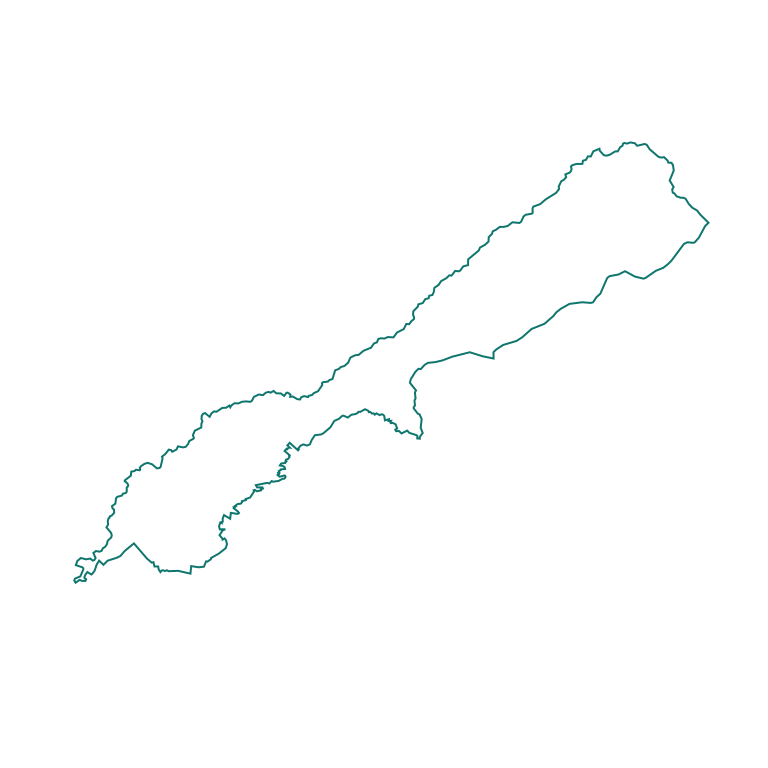 outline of Villa Del Rosario, Norte de Santander, Colombia, rotated 227°
{"feature_id": "7082276B64319066043835", "entity_name": "Villa Del Rosario", "entity_type": "district", "adm_level": 2, "iso_a3": "COL", "parent_name": "Colombia", "parent_adm1": "Norte de Santander", "projection": "albers", "projection_center": [-72.471, 7.772], "detail": "fine", "context": "isolated", "style": "outline", "palette": "teal", "viewbox_px": 768, "rotation_deg": 227, "n_neighbors": 0, "source": "geoboundaries", "source_scale": "gbopen_adm2", "svg_char_len": 6101}
<svg xmlns="http://www.w3.org/2000/svg" viewBox="0 0 768 768"><g transform="rotate(227 384 384)"><path d="M409.1,702.0L411.4,695.9L409.4,690.4L411.4,688.4L410.2,684.6L411.6,681.8L409.7,679.2L413.6,674.9L415.6,671.0L415.6,669.2L413.4,667.9L412.1,665.8L412.0,663.9L413.6,659.6L411.0,658.2L410.7,654.6L411.4,652.0L409.3,646.5L407.2,645.0L406.4,640.3L408.7,628.4L409.1,620.7L411.9,614.2L411.1,612.4L407.7,609.4L407.8,608.2L411.2,602.9L411.3,600.2L409.2,595.1L409.4,592.9L414.7,588.2L415.2,582.3L417.2,578.8L420.0,575.7L420.4,571.2L421.5,567.7L420.2,565.5L420.0,560.8L416.9,557.6L416.9,553.1L418.3,547.2L417.0,544.3L417.8,530.6L413.6,526.5L416.0,522.2L415.0,517.4L415.3,515.6L418.2,513.2L417.2,507.4L418.9,505.9L418.9,501.6L420.3,495.9L419.2,491.5L420.0,486.5L417.3,483.1L416.1,480.1L417.7,477.3L416.3,475.1L417.9,472.1L416.8,467.5L418.8,463.5L417.5,461.3L417.2,455.1L415.0,452.6L412.0,451.3L411.0,450.1L411.3,447.1L410.6,443.2L412.7,441.2L410.7,435.9L412.8,428.6L411.6,422.8L415.8,418.7L416.9,415.4L419.7,412.8L420.8,410.5L419.3,407.2L420.5,404.3L419.4,399.3L422.3,391.6L422.6,385.3L424.6,382.7L426.0,378.4L426.1,377.1L424.0,372.3L424.2,367.3L425.9,363.9L425.8,361.3L427.3,357.6L422.8,349.8L424.1,346.8L424.1,344.5L426.8,340.8L427.0,339.3L425.3,338.0L423.7,330.8L425.2,326.5L425.0,324.1L426.7,320.7L426.2,319.6L429.6,317.3L430.8,314.5L429.9,312.1L432.0,310.3L437.1,308.7L438.6,306.6L440.1,308.4L443.3,307.7L444.1,306.7L443.4,302.8L447.5,302.1L450.6,298.9L454.2,298.5L455.0,295.2L457.0,294.1L458.3,291.5L458.4,287.8L461.7,285.3L463.3,280.0L461.8,275.9L462.1,274.1L465.4,271.2L467.9,267.9L469.0,264.4L471.9,261.5L472.4,257.7L471.8,255.7L473.7,256.2L474.3,252.4L476.8,249.4L478.0,242.4L479.8,241.2L480.2,237.8L478.9,234.1L484.8,233.3L485.6,231.1L484.9,228.8L482.6,226.5L480.4,225.7L479.6,223.5L476.8,220.7L478.9,213.8L476.8,209.2L474.3,208.3L473.9,207.4L475.1,202.7L473.7,199.9L473.3,196.1L474.7,193.8L478.9,190.8L477.6,187.5L478.9,182.9L481.0,183.2L482.8,181.8L481.9,176.3L482.3,172.1L480.5,171.2L475.8,164.2L475.6,162.7L477.1,160.4L483.5,159.6L487.6,157.3L489.0,154.2L489.6,150.5L489.3,148.3L487.8,147.5L487.5,146.5L490.5,144.1L490.5,142.1L492.3,139.4L489.6,136.3L490.3,128.6L489.7,128.1L486.5,128.6L484.4,127.9L483.7,126.8L483.8,125.3L480.6,122.3L480.4,120.6L481.8,118.5L481.2,116.1L483.4,112.0L483.2,110.1L479.7,105.9L480.2,101.7L478.0,100.6L476.3,100.9L473.8,98.8L473.5,95.0L474.2,93.2L473.3,91.7L473.6,90.8L472.1,88.4L469.4,86.5L468.4,83.2L461.4,82.9L459.1,81.8L457.8,79.9L457.8,75.0L455.8,72.1L455.1,69.0L455.6,66.3L454.6,63.7L455.4,61.6L458.3,59.4L458.6,56.2L453.4,54.4L452.8,52.2L453.4,50.6L456.7,50.1L458.9,46.6L463.5,43.6L463.7,39.0L461.7,35.1L455.6,38.4L454.3,38.4L453.4,37.6L450.4,30.7L452.4,25.3L451.6,23.5L449.0,22.9L448.3,27.8L445.7,29.0L443.6,31.4L444.4,33.0L446.2,32.6L447.1,33.2L448.1,35.2L448.8,38.8L444.2,40.1L444.2,41.7L444.8,45.0L447.9,50.8L449.1,55.2L443.1,55.5L443.3,61.3L439.1,70.2L438.0,73.9L438.7,80.5L438.0,92.4L417.8,91.6L411.7,92.3L410.9,93.9L407.1,91.7L404.6,94.4L401.9,92.7L398.9,92.2L399.2,94.2L398.6,95.2L396.6,96.3L395.8,98.2L394.0,98.8L387.8,106.0L377.3,113.1L382.3,118.8L376.3,123.5L373.2,127.7L375.6,133.0L374.5,133.7L373.9,137.9L374.7,138.9L372.6,147.5L371.9,156.2L373.9,159.9L377.4,161.9L379.8,162.1L380.3,159.8L381.1,160.4L385.6,160.6L386.7,165.1L387.3,165.3L386.0,168.9L389.7,164.8L392.4,166.3L394.3,169.6L392.9,170.4L393.9,171.0L393.3,172.2L395.7,174.3L397.2,177.6L390.4,179.6L394.2,184.1L389.0,188.2L388.5,189.3L388.6,190.0L390.5,190.2L395.6,189.4L395.6,190.3L396.4,190.3L395.6,192.1L396.4,192.1L396.1,194.9L394.2,197.6L394.3,199.5L395.2,200.1L393.3,203.9L394.2,204.4L392.3,208.6L394.0,215.6L395.2,216.2L394.7,217.3L392.2,217.9L390.1,221.5L390.9,222.0L390.1,224.1L391.3,224.6L394.9,220.7L397.4,221.3L391.4,231.1L389.4,232.3L389.6,235.7L388.2,236.2L385.0,240.8L383.8,245.3L382.8,246.4L382.8,248.0L383.7,249.0L384.8,249.0L387.4,244.4L390.0,244.1L390.0,245.7L391.3,245.8L391.3,246.7L390.1,246.6L390.4,247.1L392.1,247.8L391.5,249.6L392.0,250.2L389.3,253.7L390.9,254.6L392.9,254.2L395.4,252.3L396.0,254.6L393.6,257.9L394.0,259.8L394.8,259.4L395.5,260.8L394.6,262.8L395.1,265.2L396.1,265.4L396.2,266.4L402.8,265.6L403.1,268.5L402.3,268.6L402.5,271.0L401.7,271.7L405.0,271.5L405.3,274.9L394.1,275.9L394.3,277.1L395.3,277.2L395.8,280.8L394.8,283.8L391.5,285.7L390.4,288.7L392.3,292.8L393.7,298.5L390.1,303.4L389.3,306.0L388.9,315.2L390.9,322.6L389.3,327.1L389.2,331.7L388.4,332.8L384.1,334.7L383.8,339.1L381.5,342.6L380.8,344.8L381.1,346.4L379.8,347.6L378.5,352.9L375.1,354.3L373.8,353.7L372.8,354.9L370.5,355.1L369.6,356.4L367.9,356.3L367.7,358.4L364.2,359.6L363.6,361.5L362.2,362.4L360.4,362.4L356.8,359.9L354.9,363.6L353.9,362.1L352.2,364.1L351.6,362.5L350.8,362.2L349.7,363.8L346.6,365.0L342.5,363.3L342.9,361.1L341.2,360.7L339.4,362.9L335.9,363.1L334.1,369.2L331.0,369.2L324.4,372.9L323.3,373.0L321.5,371.2L319.6,372.9L320.8,373.9L321.8,378.9L327.0,381.0L332.6,387.6L337.6,389.3L339.3,388.5L345.8,389.1L346.8,389.9L347.2,392.0L351.2,395.1L351.9,397.2L356.8,400.9L357.4,403.0L367.3,403.8L369.3,407.0L371.5,415.2L371.6,419.6L369.8,421.1L370.3,426.7L369.5,430.6L365.0,436.5L361.4,442.8L357.4,452.6L348.7,468.4L337.1,475.0L327.9,481.5L332.6,485.8L332.7,489.6L331.3,497.8L325.1,510.3L323.9,517.0L323.6,529.6L318.6,542.4L318.2,554.3L318.9,558.9L318.4,564.7L316.1,574.3L308.6,584.7L302.3,590.5L301.2,592.6L302.6,598.8L302.5,603.8L309.3,619.5L309.0,622.6L304.2,630.1L302.1,637.2L291.4,640.8L284.1,645.6L283.2,647.6L281.4,660.0L278.5,667.5L278.0,673.5L278.2,678.6L281.9,699.0L280.6,702.7L276.3,706.5L275.7,707.9L276.3,714.2L280.5,726.5L280.6,731.3L292.1,730.8L297.4,731.3L302.7,729.7L307.9,729.7L313.6,730.9L315.6,730.3L318.1,727.9L321.7,726.0L325.3,726.4L327.0,725.7L329.7,727.4L330.6,730.2L338.0,731.7L342.5,741.5L347.0,744.6L349.7,745.1L352.0,742.9L354.0,743.8L358.9,743.5L360.5,741.2L362.9,739.7L374.4,738.4L379.9,739.3L381.8,738.3L385.6,731.6L388.9,731.7L392.6,729.0L394.0,725.8L396.5,724.0L396.7,722.6L395.6,720.9L396.1,718.3L394.7,713.6L396.4,711.8L397.7,705.4L399.3,702.4L401.5,700.8L407.4,700.9L409.1,702.0Z" fill="none" stroke="#0f766e" stroke-width="2"/></g></svg>